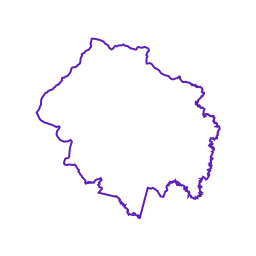 outline of El Carmen De Chucuri, Santander, Colombia, rotated 198°
{"feature_id": "7082276B87147370357978", "entity_name": "El Carmen De Chucuri", "entity_type": "district", "adm_level": 2, "iso_a3": "COL", "parent_name": "Colombia", "parent_adm1": "Santander", "projection": "mercator", "projection_center": [-73.616, 6.671], "detail": "fine", "context": "isolated", "style": "outline", "palette": "violet", "viewbox_px": 256, "rotation_deg": 198, "n_neighbors": 0, "source": "geoboundaries", "source_scale": "gbopen_adm2", "svg_char_len": 5641}
<svg xmlns="http://www.w3.org/2000/svg" viewBox="0 0 256 256"><g transform="rotate(198 128 128)"><path d="M219.7,114.5L214.8,109.4L212.9,108.3L211.0,108.0L210.0,107.5L201.2,107.5L196.5,106.8L194.6,108.1L193.5,108.1L193.2,107.2L194.5,103.2L194.1,100.2L193.0,98.5L188.6,95.6L185.4,95.2L183.9,95.5L180.5,97.1L179.0,98.8L177.2,97.7L177.0,90.8L175.1,82.4L175.5,81.1L177.6,79.9L178.2,79.1L178.2,75.3L177.2,73.7L174.5,73.9L172.9,75.0L168.1,76.1L167.1,76.8L163.1,73.5L161.8,72.9L161.5,72.3L161.7,71.2L160.0,70.2L158.9,68.8L157.6,68.4L156.8,67.5L152.5,65.0L151.8,64.2L151.9,62.8L151.1,62.1L150.7,62.1L150.4,62.9L148.7,63.5L148.9,63.9L148.0,64.1L148.4,64.6L146.9,64.9L146.7,64.4L146.0,64.5L144.4,65.4L143.6,65.4L143.1,67.6L142.0,69.3L139.7,70.6L138.5,71.9L137.8,71.3L137.7,70.7L137.1,70.3L138.8,67.1L137.9,66.2L138.4,65.9L138.4,65.2L138.8,64.7L137.4,63.9L137.1,62.9L134.9,63.1L134.1,62.7L134.4,60.7L134.9,60.1L135.9,57.4L118.9,58.8L118.6,59.4L117.8,59.5L116.7,58.8L115.1,58.5L114.2,57.3L113.5,57.4L113.5,55.7L112.9,55.5L112.0,55.8L111.5,54.6L111.6,54.0L109.8,54.0L109.7,54.7L108.5,54.0L109.0,53.3L108.8,53.0L107.9,53.4L107.3,52.9L106.9,53.3L107.0,51.8L106.7,51.5L104.3,51.0L102.7,50.1L102.3,49.1L102.8,48.8L102.7,47.6L101.2,46.4L100.7,46.8L100.4,45.9L99.8,46.4L98.4,46.7L97.4,46.9L96.9,46.5L95.7,47.0L95.5,47.3L96.3,47.5L96.6,48.1L96.6,48.7L96.2,49.0L94.7,48.6L94.2,47.7L92.2,47.6L91.4,46.9L91.3,47.9L91.0,48.0L90.5,46.7L89.5,45.8L89.0,46.2L90.7,77.2L87.5,77.3L86.1,78.7L85.1,78.6L83.6,78.0L82.7,78.1L81.6,77.4L80.6,77.4L77.9,74.7L76.8,74.1L76.1,73.0L73.1,73.5L73.0,79.1L71.6,80.5L71.7,81.8L73.2,83.5L73.1,85.1L72.6,85.9L72.1,85.9L72.5,86.5L71.7,86.7L71.2,87.6L71.2,87.8L71.6,87.8L71.9,88.4L71.0,89.2L70.6,88.9L70.1,89.3L70.6,89.8L69.7,89.8L69.9,90.3L69.3,90.8L68.8,90.3L68.6,90.9L68.1,90.9L67.9,91.4L67.4,91.3L67.4,91.8L66.7,91.6L66.7,92.2L66.2,91.5L65.2,92.3L63.5,91.8L65.0,90.6L63.7,88.9L63.3,89.0L62.8,90.3L62.0,90.2L62.0,89.4L61.5,89.4L61.2,90.0L61.4,90.8L59.3,89.8L58.7,90.3L58.0,90.4L56.8,90.2L56.0,89.4L56.0,87.8L55.2,88.1L55.1,88.8L53.8,90.0L53.4,89.2L53.4,88.3L54.2,87.2L53.3,87.2L53.5,86.0L53.2,85.9L52.4,86.6L51.7,86.5L51.2,85.8L50.5,86.3L49.5,85.3L49.8,83.9L49.4,82.0L49.0,83.2L48.0,83.2L47.1,82.8L46.6,81.5L45.3,81.9L44.1,81.3L42.9,81.3L42.5,81.5L42.5,82.5L41.9,81.9L41.7,82.6L40.2,82.7L40.8,84.5L39.7,85.6L38.8,85.2L38.0,85.7L38.2,86.1L38.5,85.7L39.1,85.9L37.8,87.3L39.0,87.3L40.0,88.1L37.8,89.4L40.1,90.2L41.0,92.4L41.8,93.0L41.2,94.0L40.1,94.2L39.9,94.7L41.0,95.1L41.4,94.3L43.0,94.5L43.0,95.2L42.2,96.1L43.0,97.2L43.0,98.1L42.2,99.3L43.4,99.4L43.5,99.8L41.8,101.4L41.8,101.8L43.0,102.2L41.8,102.6L41.6,104.7L39.7,104.3L38.0,103.1L36.9,104.4L36.3,106.9L36.6,107.8L37.4,108.1L37.6,108.5L36.3,108.5L36.3,108.8L36.5,109.2L37.5,109.7L37.8,110.4L36.6,112.8L37.1,113.1L38.5,112.5L39.1,113.0L37.4,114.1L36.5,115.6L37.0,115.9L37.0,117.8L38.3,117.2L39.1,117.8L38.3,118.1L38.0,119.2L38.1,119.5L39.4,119.8L38.4,120.9L39.4,122.8L39.5,124.5L39.3,124.7L38.5,123.8L38.0,124.9L38.5,125.3L40.0,125.0L40.5,126.5L39.9,128.3L39.8,130.6L39.8,130.9L40.8,131.4L39.7,133.3L39.7,135.1L40.1,135.2L41.6,134.6L41.9,135.1L41.5,136.0L43.1,136.2L43.8,135.6L44.6,136.3L45.4,136.3L45.1,137.7L43.4,137.6L42.7,138.9L44.0,139.2L43.9,140.5L45.9,140.8L46.3,141.7L46.0,143.9L44.8,144.0L43.7,144.8L42.7,143.6L42.2,143.5L42.1,144.4L41.2,145.4L40.1,145.7L40.2,146.5L41.3,147.5L40.4,149.0L41.2,150.1L40.8,151.3L41.5,152.1L40.5,155.6L41.7,157.5L42.4,157.8L43.0,157.6L43.3,156.8L44.9,156.6L44.2,157.5L44.5,159.5L45.7,160.1L46.2,159.6L47.2,159.4L47.7,159.7L47.8,161.0L49.1,161.1L48.7,163.7L49.0,164.6L50.1,164.5L50.4,165.9L50.8,165.9L50.9,165.2L52.2,165.3L53.6,164.6L54.2,165.2L55.6,165.2L56.1,165.8L57.6,165.6L58.5,165.1L57.9,163.2L58.9,162.3L59.3,163.1L60.2,163.4L60.2,164.3L61.0,164.8L60.8,165.8L61.2,166.7L60.9,169.1L61.2,169.7L63.9,170.5L64.4,169.9L64.9,170.0L65.2,169.6L66.3,170.3L66.3,171.0L67.2,171.6L67.8,170.9L67.7,170.3L68.1,170.1L69.0,171.5L70.1,171.3L71.0,171.6L71.4,173.0L71.2,173.3L70.6,173.3L71.3,174.0L71.0,174.2L70.1,173.9L69.6,174.3L69.5,174.9L69.9,175.6L69.6,176.9L69.2,177.2L67.8,180.2L67.9,181.0L67.0,181.3L66.4,183.0L66.8,183.5L66.4,184.4L66.6,185.0L67.0,185.1L67.8,184.5L69.0,185.2L68.9,186.7L69.7,188.6L72.0,189.4L72.2,189.0L73.1,188.8L73.8,189.0L75.3,188.1L75.7,188.2L76.0,189.4L77.3,189.8L77.9,188.7L79.5,189.2L80.2,188.5L80.9,189.5L81.7,189.2L82.0,189.7L83.5,190.1L85.1,189.7L87.0,189.9L90.0,188.6L92.8,190.2L93.6,190.8L94.5,192.8L95.1,192.9L96.4,190.9L100.3,188.2L101.3,188.0L103.3,188.4L105.4,189.9L109.1,189.6L113.2,190.2L116.8,192.7L121.5,193.5L124.9,195.9L126.1,196.4L127.2,196.4L130.0,195.1L130.7,195.9L131.5,198.6L131.8,200.3L131.6,202.2L133.2,203.2L132.8,205.2L132.9,206.5L131.9,208.0L133.1,209.6L134.1,210.1L137.3,210.2L139.8,208.5L143.3,208.2L143.9,207.6L144.3,205.4L144.8,205.0L150.4,204.6L153.7,205.8L156.3,205.3L158.4,206.0L159.3,204.8L162.4,203.7L163.8,202.1L165.1,202.2L165.8,201.8L166.4,199.8L167.4,198.1L168.1,197.6L170.3,198.3L172.8,200.6L176.2,201.3L178.0,202.7L182.7,203.0L188.2,202.4L190.0,201.7L189.7,197.0L189.1,195.5L188.6,195.2L188.3,193.9L189.6,190.1L191.5,188.8L192.2,188.0L192.8,185.9L194.6,184.3L194.8,183.7L194.0,182.6L194.6,180.1L193.7,175.7L193.9,174.0L195.3,172.3L195.3,171.6L195.9,171.2L196.5,169.8L198.9,168.8L199.8,168.1L200.2,166.6L200.0,164.8L200.2,162.1L201.0,160.7L201.5,159.0L203.6,157.2L204.1,156.2L206.1,155.4L206.0,153.9L205.4,153.0L206.4,150.8L206.5,149.8L207.4,148.9L207.4,148.0L209.3,146.5L210.1,144.3L211.1,143.1L211.6,141.5L215.2,138.8L216.0,136.8L217.4,135.6L217.8,134.7L219.1,129.8L219.2,127.6L218.0,123.4L218.4,120.9L218.2,119.0L219.7,114.5Z" fill="none" stroke="#5b21b6" stroke-width="2"/></g></svg>